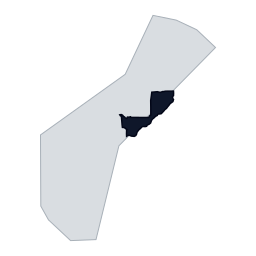 Mangilao, Guam shown in context
{"feature_id": "77769853B74833203647496", "entity_name": "Mangilao", "entity_type": "district", "adm_level": 2, "iso_a3": "GUM", "parent_name": "Guam", "parent_adm1": "", "projection": "albers", "projection_center": [144.825, 13.463], "detail": "fine", "context": "in_parent", "style": "filled", "palette": "ink", "viewbox_px": 256, "rotation_deg": 0, "n_neighbors": 0, "source": "geoboundaries", "source_scale": "gbopen_adm2", "svg_char_len": 1476}
<svg xmlns="http://www.w3.org/2000/svg" viewBox="0 0 256 256"><path d="M96.0,239.6L70.6,240.6L48.5,219.9L40.8,206.1L40.5,134.9L125.2,74.3L153.0,15.4L176.2,20.1L196.8,29.8L215.5,47.5L118.9,145.8L96.0,239.6Z" fill="#d9dde1" stroke="#a8b0b8" stroke-width="1"/><path d="M121.6,114.6L120.8,114.6L119.8,114.8L120.4,115.8L121.4,116.3L122.0,123.6L122.0,124.0L122.4,127.4L124.7,127.6L124.8,128.0L126.5,129.3L126.4,129.3L126.6,130.0L126.5,133.9L126.6,136.3L128.2,135.3L129.0,135.2L131.5,136.1L133.7,136.3L134.1,136.4L135.6,135.7L136.4,134.6L137.0,132.3L137.7,131.3L139.4,129.2L140.3,128.7L140.9,128.0L141.5,127.3L141.9,126.9L143.0,126.5L145.3,126.6L145.6,126.5L146.6,126.3L147.2,125.1L149.0,124.3L149.5,123.9L150.6,123.0L151.3,121.0L151.7,120.1L152.5,119.0L153.1,118.6L153.4,118.4L154.7,117.2L155.5,116.3L156.4,115.9L157.3,115.4L157.7,114.5L158.6,113.9L159.9,114.0L160.7,113.7L161.4,113.6L161.7,113.2L163.7,111.1L165.0,109.5L166.2,108.6L166.4,108.5L167.5,107.0L169.6,104.4L170.1,103.6L171.4,102.7L172.9,101.6L173.5,99.5L173.0,98.9L172.4,96.8L173.5,95.7L173.6,93.3L173.5,91.1L165.2,91.2L163.8,91.6L163.6,91.6L162.9,91.5L160.2,92.4L157.3,91.7L156.4,91.8L151.8,92.2L151.3,96.2L150.7,100.4L150.7,100.8L150.8,107.6L150.8,109.0L150.8,115.0L149.8,115.7L149.6,115.9L148.7,117.5L142.1,117.5L135.5,117.4L133.9,117.4L130.6,117.4L130.5,116.8L128.9,117.2L127.4,117.1L126.8,118.5L125.3,118.0L124.7,117.1L123.3,116.3L122.9,115.5L121.6,114.6Z" fill="#0f172a" stroke="#020617" stroke-width="1.5"/></svg>